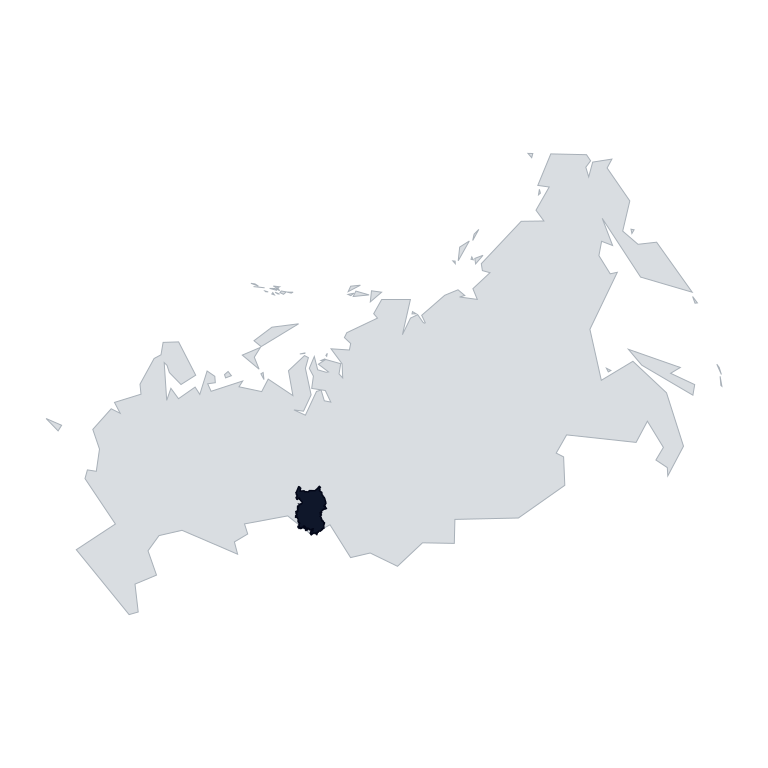 location of Omsk within Russia
{"feature_id": "RUS-2397", "entity_name": "Omsk", "entity_type": "Region", "adm_level": 1, "iso_a3": "RUS", "parent_name": "Russia", "parent_adm1": "", "projection": "albers", "projection_center": [72.959, 56.006], "detail": "fine", "context": "in_parent", "style": "filled", "palette": "ink", "viewbox_px": 768, "rotation_deg": 0, "n_neighbors": 0, "source": "natural_earth", "source_scale": "10m", "svg_char_len": 9018}
<svg xmlns="http://www.w3.org/2000/svg" viewBox="0 0 768 768"><path d="M683.5,446.2L667.8,475.9L667.3,467.6L655.9,460.0L663.4,447.4L647.4,421.2L636.1,442.4L566.6,434.9L556.2,453.1L563.6,456.9L564.8,485.3L518.4,518.0L454.9,519.4L454.3,543.4L422.5,542.8L397.5,566.3L370.2,553.0L350.6,557.6L330.0,524.8L311.4,534.7L287.7,515.9L244.5,523.9L247.7,534.0L234.4,541.9L237.6,554.2L182.0,530.3L159.0,535.6L148.0,550.8L156.5,575.1L135.0,584.1L138.2,612.0L129.1,614.6L76.3,549.7L115.4,524.0L85.0,478.6L87.4,469.9L96.3,471.3L99.5,449.1L92.8,429.4L111.2,408.8L120.2,413.3L114.5,402.4L141.0,394.2L140.0,384.2L154.1,358.5L161.0,354.8L163.1,342.4L178.6,341.9L195.7,375.2L181.0,384.5L169.4,372.6L167.0,365.3L164.2,362.6L166.7,400.4L170.9,388.3L178.5,398.7L195.1,387.1L199.8,394.4L207.1,371.0L214.8,376.3L215.3,382.7L207.7,383.8L211.1,391.3L242.7,381.0L239.0,386.8L261.7,391.6L268.2,379.1L292.9,395.6L288.5,370.7L304.5,355.6L308.4,357.6L305.4,368.3L311.1,394.9L303.5,411.2L293.9,409.9L305.4,415.2L316.5,391.4L321.1,390.1L324.3,400.8L330.8,402.1L325.3,390.5L311.7,388.4L313.4,376.1L309.3,368.4L314.3,356.5L317.7,369.8L326.2,372.3L328.5,371.9L318.4,364.2L325.7,359.5L340.7,363.7L339.0,373.9L342.7,377.9L342.1,363.8L331.0,348.8L349.4,350.0L350.7,343.5L344.4,337.6L346.8,332.7L377.5,318.1L373.7,313.7L381.7,299.5L410.4,299.5L402.4,334.7L410.5,318.1L417.7,314.7L423.0,322.3L424.3,323.2L425.3,322.8L421.7,315.3L444.7,295.3L458.0,289.8L464.8,295.5L459.5,297.0L477.3,299.4L472.9,288.7L490.0,272.7L482.4,270.6L481.3,263.7L521.2,221.3L543.9,221.0L536.0,210.2L549.2,187.0L537.8,185.4L550.8,153.9L586.5,154.7L590.6,160.8L585.8,167.2L588.7,176.9L592.7,162.1L611.9,159.1L607.1,168.0L629.8,200.9L622.7,231.1L638.0,244.3L656.6,242.2L692.2,292.2L640.6,277.1L602.2,218.3L612.6,245.5L601.6,241.3L598.9,255.6L610.2,273.8L617.3,272.3L589.9,329.3L601.3,380.3L632.9,361.3L666.5,392.8L683.5,446.2ZM298.6,323.8L261.1,346.6L254.0,340.7L271.9,327.2L298.6,323.8ZM628.4,349.3L680.3,367.5L670.6,373.3L694.7,384.6L692.9,395.2L641.8,365.2L628.4,349.3ZM242.3,355.1L260.4,347.4L254.3,357.2L259.1,369.2L242.3,355.1ZM458.2,260.8L459.7,247.1L469.3,241.0L458.2,260.8ZM355.9,291.1L369.1,294.9L353.2,296.5L355.9,291.1ZM350.7,286.2L360.4,285.2L348.2,291.6L350.7,286.2ZM371.5,290.8L381.6,292.2L370.3,301.9L371.5,290.8ZM472.7,240.5L474.1,234.2L478.8,229.4L472.7,240.5ZM46.1,418.5L61.6,425.3L58.1,430.9L46.1,418.5ZM259.0,287.1L264.6,287.8L253.5,286.6L259.0,287.1ZM474.8,258.4L483.0,255.3L475.6,263.9L474.8,258.4ZM231.4,375.7L225.6,377.9L224.5,374.6L228.1,371.5L231.4,375.7ZM269.6,288.4L274.8,288.5L277.0,290.4L269.6,288.4ZM286.3,291.9L283.5,294.3L280.0,292.6L281.2,291.0L286.3,291.9ZM291.2,293.1L287.0,292.1L293.1,292.2L291.2,293.1ZM263.1,372.5L264.0,379.6L260.9,373.8L263.1,372.5ZM353.9,293.2L350.8,295.7L348.0,294.4L353.9,293.2ZM273.3,286.0L279.6,286.8L277.0,288.1L273.3,286.0ZM532.8,153.5L531.7,157.7L528.0,153.4L532.8,153.5ZM255.0,283.9L258.4,286.1L250.9,283.3L255.0,283.9ZM304.9,353.4L299.8,354.0L304.9,352.9L304.9,353.4ZM412.5,311.6L416.2,313.8L412.0,313.9L412.5,311.6ZM539.4,189.3L540.4,193.2L538.5,194.8L539.4,189.3ZM277.7,293.9L275.1,292.2L279.6,294.1L277.7,293.9ZM278.2,288.5L279.6,290.7L276.3,288.7L278.2,288.5ZM716.8,364.2L719.2,367.5L721.4,374.5L716.8,364.2ZM272.8,292.6L274.4,294.9L271.8,294.0L272.8,292.6ZM325.3,358.7L321.7,360.7L320.9,360.5L325.3,358.7ZM634.1,229.8L631.9,233.5L631.0,229.2L634.1,229.8ZM471.8,256.9L473.3,259.8L471.0,259.3L471.8,256.9ZM606.4,368.2L610.9,370.5L608.3,371.9L606.4,368.2ZM692.6,296.5L697.4,302.9L695.0,303.2L692.6,296.5ZM268.2,291.9L265.5,291.7L264.8,290.9L268.2,291.9ZM327.3,353.3L326.7,356.3L325.9,355.5L327.3,353.3ZM455.1,261.1L455.3,263.7L452.8,260.9L455.1,261.1ZM720.9,385.5L720.1,376.3L721.9,386.3L720.9,385.5Z" fill="#d9dde1" stroke="#a8b0b8" stroke-width="1"/><path d="M299.0,522.6L298.5,522.3L298.3,522.1L298.2,521.4L298.0,521.2L298.1,520.7L298.1,520.2L298.2,519.8L298.2,519.2L297.3,517.8L297.2,517.6L297.3,517.5L297.4,517.2L296.9,517.0L296.6,517.0L296.3,517.3L296.0,517.4L295.6,517.2L295.8,516.6L295.6,516.3L295.6,515.9L296.1,515.3L296.8,515.2L297.1,514.4L297.0,514.1L296.9,514.0L296.5,514.0L296.1,513.6L296.1,513.4L296.1,513.1L296.4,512.7L296.4,512.4L296.6,512.3L296.8,512.4L297.1,512.3L297.3,512.1L297.2,511.9L296.4,512.1L295.9,512.0L295.8,511.9L295.8,511.7L296.0,511.5L297.3,511.5L297.6,511.3L297.8,510.8L297.9,510.2L298.1,509.5L298.1,509.4L298.0,509.2L297.7,509.1L297.7,508.7L297.8,508.5L297.9,508.3L297.8,508.2L297.5,508.1L297.5,507.9L297.8,507.5L298.3,507.3L298.4,507.1L298.4,506.8L298.0,506.3L297.6,506.4L297.6,506.2L298.0,505.9L298.5,506.0L298.9,505.7L299.0,505.5L299.1,505.3L299.3,504.6L299.2,504.5L299.0,504.2L299.6,504.3L300.1,504.2L300.6,504.4L300.8,504.2L300.8,503.9L301.3,503.9L301.6,503.8L301.9,503.2L302.2,502.9L302.3,502.8L302.2,502.1L302.0,501.7L301.7,501.5L300.8,500.7L300.0,499.4L299.5,499.3L299.4,499.1L299.6,498.9L299.6,498.6L299.4,498.5L299.5,498.2L299.4,498.1L299.0,497.9L298.7,498.1L297.9,498.2L297.7,498.7L297.7,498.9L297.8,499.0L297.5,499.4L296.9,499.3L296.9,499.2L297.1,498.9L296.7,498.6L296.4,498.4L296.1,497.5L296.1,497.4L297.4,496.3L297.4,496.2L297.4,495.9L297.4,495.7L297.0,495.7L296.9,495.7L296.9,494.6L296.5,494.5L296.5,494.0L296.2,493.8L296.3,493.4L296.2,493.2L296.2,492.9L296.0,492.6L296.3,492.4L296.3,492.2L296.5,491.9L298.6,486.8L298.7,486.7L298.9,486.7L299.3,487.0L299.6,487.0L299.9,487.7L300.2,487.8L300.6,488.1L300.7,488.3L300.4,488.6L300.3,490.3L300.3,490.6L300.4,490.8L300.3,491.0L301.1,491.0L301.5,491.2L302.0,491.0L304.0,490.8L304.4,491.1L304.7,491.7L304.8,491.7L306.4,491.7L306.7,491.8L308.4,491.9L308.7,491.6L308.8,491.4L308.8,491.2L309.0,491.0L309.5,490.6L315.0,490.7L316.4,489.4L317.0,489.1L317.0,488.9L317.3,488.6L317.9,488.0L318.3,487.8L318.3,487.7L318.3,487.4L319.3,486.4L320.3,487.2L320.4,487.6L319.3,488.5L319.2,488.6L320.0,489.7L319.9,490.0L319.5,490.5L319.4,490.7L321.8,492.4L321.8,492.6L322.0,494.9L322.1,495.0L322.4,495.1L322.8,495.5L323.5,497.3L324.0,497.2L324.2,497.4L324.8,498.7L324.8,499.0L325.3,500.6L325.4,501.3L325.7,501.8L325.7,502.2L325.9,503.3L325.9,503.5L325.4,504.1L325.3,504.4L324.8,504.6L324.6,505.2L324.1,505.6L323.9,505.7L323.8,506.1L324.0,506.3L324.1,506.2L324.3,505.9L324.6,506.1L324.8,505.9L325.3,506.2L325.3,506.3L325.0,506.5L325.2,507.3L325.7,507.6L325.9,507.9L326.1,508.0L326.3,508.2L326.4,508.5L326.0,508.7L325.6,508.9L325.5,508.7L325.2,508.8L324.7,508.7L324.5,509.1L324.4,509.2L323.5,509.1L323.3,509.4L323.2,509.8L322.4,510.0L322.2,510.5L321.2,511.6L321.1,511.8L321.2,512.0L321.3,512.2L321.5,512.3L321.6,512.5L320.8,513.0L320.2,512.7L320.1,512.8L320.3,513.2L320.3,513.4L320.9,513.7L320.4,514.3L320.7,514.6L321.2,514.6L321.3,514.7L321.4,514.8L321.4,515.0L320.6,515.7L320.6,516.0L320.3,516.3L320.2,516.4L320.6,516.7L320.7,516.9L320.8,517.1L320.9,517.3L321.1,517.4L321.2,517.6L321.2,518.1L321.1,518.5L321.4,518.8L321.5,519.2L321.8,519.2L321.9,519.6L321.9,519.9L321.6,520.5L321.8,520.8L322.4,520.7L322.7,520.8L322.5,521.2L322.6,521.4L322.9,521.6L323.4,521.6L323.5,521.9L323.7,522.7L323.9,522.8L324.0,522.6L324.3,522.7L324.2,522.9L324.4,523.4L324.4,523.6L324.3,524.0L323.7,524.1L323.9,528.2L323.4,528.3L322.6,528.3L322.1,528.7L322.5,529.4L320.3,531.1L320.2,531.2L319.5,530.9L319.1,530.9L318.9,531.0L318.7,531.6L318.3,531.8L318.1,532.3L317.1,532.4L317.1,532.5L317.0,533.1L317.2,533.5L316.9,534.3L316.8,534.5L316.7,534.4L316.2,534.0L316.1,533.8L316.2,533.6L315.9,533.2L315.5,533.2L315.3,533.5L315.1,533.5L315.0,533.0L314.1,532.9L313.5,533.3L313.2,533.1L312.7,533.2L312.6,533.6L312.3,533.6L312.1,534.1L311.4,534.8L311.0,534.6L311.3,534.0L310.4,533.5L310.5,533.2L310.3,533.0L310.3,532.9L310.4,532.7L310.5,532.5L310.8,532.5L310.9,531.6L311.0,531.5L311.5,531.3L311.2,531.1L311.5,530.8L311.8,530.7L312.6,530.8L312.9,530.7L312.9,530.4L313.2,528.9L312.8,529.0L312.8,528.8L312.4,528.8L312.4,529.2L312.3,529.3L312.0,529.4L311.9,529.6L311.9,529.9L311.7,530.0L311.5,529.8L311.2,529.7L311.2,529.8L311.1,530.1L309.4,529.7L309.2,529.2L308.9,529.1L308.9,528.5L308.8,528.4L308.4,528.4L307.0,528.2L306.7,528.3L306.5,528.6L306.3,529.0L307.0,529.0L307.4,529.6L307.4,529.9L307.3,530.0L306.6,529.7L306.2,530.3L305.7,530.4L305.6,530.2L305.9,529.3L305.6,528.9L305.5,528.6L305.8,528.7L306.1,528.5L306.2,528.2L305.2,527.8L305.4,527.4L305.4,527.1L305.1,527.0L305.0,526.6L304.6,526.1L304.4,526.0L303.8,525.9L303.7,526.0L303.8,526.1L304.2,526.6L304.0,527.0L304.0,527.4L304.2,527.5L304.5,527.6L304.6,527.8L304.6,528.1L304.3,528.3L304.1,528.2L303.7,527.5L303.5,527.3L302.3,527.1L302.2,527.2L302.0,527.5L302.0,528.1L301.6,528.4L301.2,528.2L300.7,528.4L300.7,527.9L300.6,527.7L299.9,527.5L299.7,527.6L299.3,528.3L299.1,528.4L298.6,527.8L298.3,527.6L298.4,527.3L298.4,526.9L298.0,526.8L298.0,526.5L298.0,526.3L298.2,526.2L298.4,526.3L298.8,526.5L299.2,526.4L299.2,525.6L299.1,525.2L299.0,524.9L299.0,524.1L299.0,523.8L299.2,523.7L299.6,523.5L299.7,523.4L299.7,523.2L299.3,522.6L299.0,522.6ZM297.3,510.3L297.6,510.2L297.6,510.3L297.5,510.6L297.3,510.6L297.2,510.6L297.3,510.3ZM297.2,510.9L297.4,511.0L297.1,511.1L297.2,510.9Z" fill="#0f172a" stroke="#020617" stroke-width="1.5"/></svg>